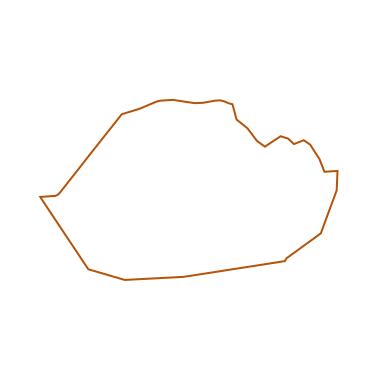 the border of Al Dhahira, rotated 69°
{"feature_id": "OMN-2414", "entity_name": "Al Dhahira", "entity_type": "Region", "adm_level": 1, "iso_a3": "OMN", "parent_name": "Oman", "parent_adm1": "", "projection": "albers", "projection_center": [55.739, 23.003], "detail": "fine", "context": "isolated", "style": "outline", "palette": "amber", "viewbox_px": 384, "rotation_deg": 69, "n_neighbors": 0, "source": "natural_earth", "source_scale": "10m", "svg_char_len": 653}
<svg xmlns="http://www.w3.org/2000/svg" viewBox="0 0 384 384"><g transform="rotate(69 192 192)"><path d="M94.2,229.7L95.5,211.3L94.9,192.9L95.3,189.2L99.0,177.1L110.0,157.7L112.6,150.0L115.1,137.4L116.4,133.2L118.5,130.0L122.9,125.2L124.5,122.8L140.4,124.4L152.4,117.4L167.7,113.0L175.8,107.7L171.7,89.3L176.5,83.2L183.8,79.6L183.7,69.1L190.1,64.7L207.0,61.2L220.6,61.1L224.5,48.6L242.4,56.4L276.8,86.6L287.7,127.4L289.8,130.1L268.2,230.3L250.0,286.3L227.0,316.5L145.0,334.9L142.2,335.4L146.6,321.2L146.5,318.3L145.3,315.6L139.1,305.2L129.7,289.4L120.3,273.7L110.9,257.9L101.6,242.1L94.2,229.7Z" fill="none" stroke="#b45309" stroke-width="2"/></g></svg>